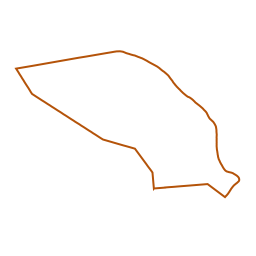 the district of Zamakh wa Manwokh, Hadramawt, Yemen, rotated 265°
{"feature_id": "15242507B25520584620075", "entity_name": "Zamakh wa Manwokh", "entity_type": "district", "adm_level": 2, "iso_a3": "YEM", "parent_name": "Yemen", "parent_adm1": "Hadramawt", "projection": "albers", "projection_center": [47.768, 17.17], "detail": "fine", "context": "isolated", "style": "outline", "palette": "amber", "viewbox_px": 256, "rotation_deg": 265, "n_neighbors": 0, "source": "geoboundaries", "source_scale": "gbopen_adm2", "svg_char_len": 5548}
<svg xmlns="http://www.w3.org/2000/svg" viewBox="0 0 256 256"><g transform="rotate(265 128 128)"><path d="M50.7,218.6L52.0,220.0L52.2,220.3L52.9,221.0L53.3,221.4L53.5,221.6L53.9,222.0L54.4,222.4L55.0,222.8L55.5,223.3L56.0,223.7L56.5,224.0L57.1,224.5L57.6,224.9L58.2,225.3L58.7,225.7L59.2,226.2L59.8,226.7L60.3,227.2L60.8,227.7L61.4,228.3L61.8,228.8L62.0,229.1L62.2,229.3L62.6,230.0L63.1,230.6L63.4,231.2L63.5,231.3L63.8,231.8L64.1,232.2L64.4,232.5L64.6,232.8L65.1,233.5L65.6,233.9L65.8,234.0L66.2,234.2L66.8,234.3L67.5,234.3L68.1,234.2L68.7,234.0L68.8,234.0L69.3,233.7L69.8,233.4L70.3,232.9L70.9,232.4L71.3,231.9L71.7,231.4L72.1,230.9L73.0,229.6L73.4,229.1L73.8,228.6L73.9,228.4L74.1,228.0L74.4,227.4L74.6,226.8L74.8,226.2L75.0,225.6L75.2,224.9L75.4,224.3L75.5,224.1L75.7,223.7L75.9,223.0L76.0,222.9L76.2,222.4L76.6,221.9L76.8,221.7L77.0,221.4L77.5,221.0L77.9,220.7L78.3,220.5L78.5,220.3L79.2,219.9L79.7,219.6L80.0,219.5L80.8,219.1L81.0,219.0L81.4,218.8L82.2,218.5L82.6,218.3L82.9,218.2L83.6,217.8L84.0,217.6L85.0,217.2L85.4,217.0L85.6,216.9L86.2,216.7L86.5,216.6L86.8,216.5L87.5,216.3L88.2,216.0L88.7,215.8L89.3,215.6L90.2,215.5L90.5,215.4L90.9,215.3L91.7,215.2L92.4,215.2L92.5,215.2L93.1,215.1L93.3,215.1L94.0,215.0L94.3,215.0L94.6,215.0L95.3,215.0L96.0,214.9L96.8,214.9L97.7,214.8L98.7,214.7L99.3,214.7L99.8,214.7L100.1,214.7L100.8,214.7L101.7,214.7L102.4,214.7L103.0,214.8L104.0,214.9L104.6,214.9L105.3,215.0L106.1,215.1L106.8,215.1L107.5,215.2L108.2,215.2L108.5,215.3L108.8,215.3L109.2,215.3L109.5,215.4L110.1,215.4L110.8,215.4L111.4,215.5L112.2,215.6L112.4,215.6L112.9,215.7L113.3,215.8L113.6,215.8L114.4,215.8L114.8,215.8L115.1,215.8L115.6,215.8L115.9,215.8L116.6,215.8L116.9,215.8L117.3,215.9L118.1,215.9L118.5,215.9L118.8,215.9L119.4,215.9L119.5,215.9L120.2,215.8L120.8,215.8L121.1,215.8L121.2,215.7L121.6,215.7L122.2,215.6L122.8,215.3L123.5,215.1L124.1,214.8L124.8,214.5L125.5,214.1L126.1,213.8L126.7,213.4L127.2,213.0L127.8,212.4L128.4,211.9L128.5,211.8L128.8,211.5L129.3,211.1L129.9,210.5L130.3,210.2L131.0,209.8L131.7,209.5L132.8,209.0L133.2,208.8L133.5,208.7L133.9,208.6L134.2,208.5L134.8,208.2L135.4,208.0L136.0,207.8L136.5,207.5L137.1,207.2L137.6,206.8L138.2,206.4L138.7,205.9L139.2,205.5L139.8,205.0L140.4,204.6L140.6,204.5L141.0,204.1L141.6,203.6L141.8,203.4L142.0,203.1L142.5,202.7L143.1,202.1L143.6,201.6L144.0,201.2L144.6,200.6L145.1,200.0L145.5,199.6L146.0,199.1L146.2,198.8L146.4,198.6L146.9,198.1L147.4,197.5L148.0,197.0L148.6,196.6L149.0,196.2L149.6,195.7L150.2,195.2L150.7,194.7L151.2,194.2L151.5,193.9L151.7,193.6L152.2,193.1L152.6,192.6L153.1,191.9L153.4,191.4L153.6,191.1L153.7,190.8L153.7,190.7L154.0,190.2L154.4,189.7L154.9,189.2L155.4,188.6L156.0,188.0L156.4,187.6L156.8,187.2L157.3,186.7L157.9,186.1L158.3,185.7L158.9,185.2L159.4,184.8L159.8,184.4L160.3,184.0L160.9,183.5L161.3,183.3L161.5,183.1L162.1,182.6L162.6,182.1L163.1,181.7L163.6,181.3L164.2,180.8L164.7,180.4L165.1,180.0L165.7,179.7L166.3,179.2L166.5,179.0L166.8,178.9L167.2,178.6L167.3,178.5L167.6,178.4L167.9,178.1L168.1,178.0L168.4,177.8L169.1,177.3L169.6,177.0L170.2,176.7L170.8,176.4L171.1,176.3L171.4,176.1L172.1,175.6L172.6,175.3L173.3,174.8L173.5,174.7L173.8,174.5L174.3,174.2L174.9,173.8L175.0,173.8L175.5,173.5L175.7,173.4L176.0,173.2L176.5,172.9L177.1,172.4L177.6,172.0L178.1,171.5L178.5,171.1L179.2,170.5L179.6,170.0L180.2,169.5L180.7,169.0L181.1,168.5L181.3,168.3L181.5,168.0L182.0,167.4L182.5,166.9L182.9,166.4L183.5,165.9L183.9,165.4L184.1,165.2L184.5,164.9L185.0,164.4L185.4,163.9L185.5,163.8L185.8,163.4L186.3,162.9L186.7,162.4L186.8,162.2L187.1,161.8L187.5,161.2L187.9,160.6L188.4,159.9L188.8,159.2L189.2,158.6L189.3,158.5L189.7,157.9L190.1,157.2L190.6,156.5L190.9,156.0L191.4,155.3L191.8,154.7L192.1,154.2L192.6,153.6L193.0,153.1L193.2,152.7L193.5,152.4L193.9,151.7L194.2,151.2L194.3,151.1L194.7,150.5L195.1,149.9L195.2,149.7L195.4,149.3L195.8,148.8L196.2,148.1L196.5,147.4L196.8,146.8L197.1,146.2L197.4,145.6L197.7,144.9L198.0,144.2L198.3,143.7L198.6,143.1L198.9,142.5L199.2,141.9L199.3,141.8L199.6,141.1L199.9,140.3L200.0,139.8L200.2,139.2L200.5,138.5L200.6,138.2L200.7,137.8L201.0,137.2L201.2,136.6L201.5,136.0L201.8,135.3L202.1,134.4L202.4,133.7L202.6,133.1L203.0,132.3L203.2,131.9L203.4,131.6L203.7,131.0L204.0,130.4L204.3,129.9L204.3,129.7L204.5,129.2L204.7,128.6L204.8,128.0L205.0,127.3L205.1,126.8L205.1,126.5L205.2,125.9L205.2,125.4L205.2,125.2L205.2,124.6L205.3,124.0L205.3,123.3L205.3,123.1L205.3,122.7L205.2,122.0L205.2,121.2L205.1,120.6L205.1,120.0L205.0,119.3L204.5,112.8L202.8,92.2L202.3,85.1L198.2,37.8L196.9,21.7L194.8,22.8L192.9,23.8L190.8,24.8L188.8,25.9L186.7,26.9L184.7,28.0L182.6,29.0L180.5,30.1L178.8,31.0L176.6,32.2L174.4,33.3L172.3,34.3L170.3,35.4L168.9,37.2L167.4,39.1L166.0,40.9L164.3,43.1L163.1,44.6L161.7,46.5L160.3,48.3L158.8,50.2L157.4,52.1L156.0,53.8L154.5,55.8L153.1,57.6L151.6,59.5L150.2,61.4L148.8,63.2L147.3,65.0L145.9,66.9L144.5,68.7L143.0,70.6L141.6,72.4L140.1,74.4L138.7,76.1L137.3,78.0L135.9,79.9L134.4,81.7L133.0,83.6L131.6,85.4L130.1,87.3L128.7,89.1L127.3,91.0L125.8,92.8L124.4,94.7L123.0,96.5L121.5,98.4L120.1,100.2L118.7,102.1L117.0,106.5L115.3,110.9L114.4,113.2L112.7,117.6L111.0,122.0L110.2,124.2L108.5,128.7L106.8,133.1L105.0,134.2L103.2,135.3L101.4,136.4L99.6,137.5L97.8,138.6L96.0,139.7L94.2,140.8L92.4,141.9L90.6,143.0L88.7,144.1L86.9,145.2L85.2,146.3L83.4,147.4L81.5,148.5L77.5,148.5L73.4,148.5L71.3,148.5L69.1,148.5L65.4,148.5L65.5,148.6L65.4,159.7L65.5,159.7L65.5,162.9L65.4,168.0L65.4,173.7L65.3,184.7L65.2,202.4L50.7,218.6Z" fill="none" stroke="#b45309" stroke-width="2"/></g></svg>